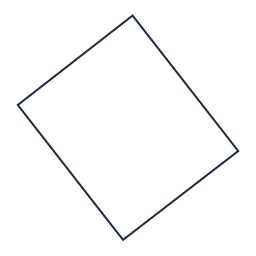 the district of Rawlins, Kansas, United States of America, rotated 232°
{"feature_id": "52423323B33021828989067", "entity_name": "Rawlins", "entity_type": "district", "adm_level": 2, "iso_a3": "USA", "parent_name": "United States of America", "parent_adm1": "Kansas", "projection": "equal_earth", "projection_center": [-101.162, 39.785], "detail": "fine", "context": "isolated", "style": "outline", "palette": "slate", "viewbox_px": 256, "rotation_deg": 232, "n_neighbors": 0, "source": "geoboundaries", "source_scale": "gbopen_adm2", "svg_char_len": 432}
<svg xmlns="http://www.w3.org/2000/svg" viewBox="0 0 256 256"><g transform="rotate(232 128 128)"><path d="M48.3,200.7L162.2,200.8L213.8,200.8L214.0,55.3L210.6,55.3L208.9,55.3L163.5,55.3L140.5,55.3L132.2,55.3L114.2,55.2L104.6,55.2L102.0,55.2L98.6,55.2L92.8,55.2L84.2,55.2L74.6,55.2L72.7,55.2L65.0,55.2L64.6,55.2L60.2,55.2L52.2,55.2L43.1,55.3L42.9,55.3L42.0,200.7L48.3,200.7Z" fill="none" stroke="#1e293b" stroke-width="2"/></g></svg>